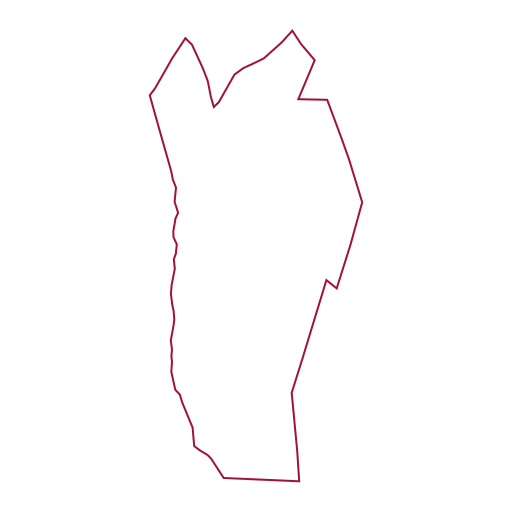 the district of Marilena, Paraná, Brazil
{"feature_id": "56859067B17884571098695", "entity_name": "Marilena", "entity_type": "district", "adm_level": 2, "iso_a3": "BRA", "parent_name": "Brazil", "parent_adm1": "Paraná", "projection": "natural_earth1", "projection_center": [-53.085, -22.737], "detail": "fine", "context": "isolated", "style": "outline", "palette": "rose", "viewbox_px": 512, "rotation_deg": 0, "n_neighbors": 0, "source": "geoboundaries", "source_scale": "gbopen_adm2", "svg_char_len": 911}
<svg xmlns="http://www.w3.org/2000/svg" viewBox="0 0 512 512"><path d="M185.4,38.2L172.3,58.1L160.8,78.3L155.1,88.2L149.8,95.3L154.0,110.5L163.3,143.4L167.3,157.4L171.3,171.7L172.8,179.4L176.0,187.7L174.6,201.8L178.1,212.8L175.5,218.5L173.3,231.3L173.5,237.2L176.8,244.3L175.8,253.9L173.8,259.2L174.8,268.8L171.7,284.6L170.9,293.9L172.3,305.1L173.6,310.8L174.3,319.4L173.5,325.7L170.8,340.3L172.0,349.6L171.4,355.9L172.0,361.8L171.3,371.7L175.3,389.8L179.8,394.5L182.3,402.7L192.6,427.6L194.2,446.1L200.6,450.9L207.6,455.0L211.3,458.9L223.7,478.0L299.2,481.3L297.2,450.9L291.7,392.8L302.3,359.1L326.4,280.1L336.7,288.4L350.4,245.0L362.2,202.3L348.9,159.0L341.7,138.8L327.2,99.8L298.3,99.2L314.7,60.2L301.1,44.1L292.3,30.7L281.8,42.3L263.8,58.4L252.7,63.8L243.5,68.0L234.5,74.5L218.8,102.2L213.8,107.0L210.8,96.6L207.8,81.1L202.8,68.2L192.0,44.7L185.4,38.2Z" fill="none" stroke="#9f1239" stroke-width="2"/></svg>